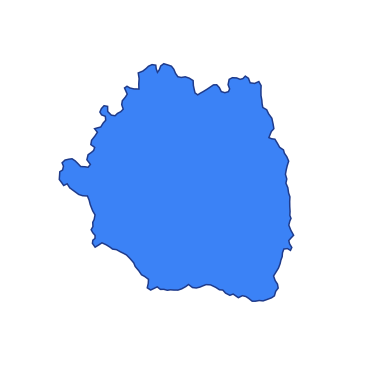 outline of Ritápolis, Minas Gerais, Brazil, rotated 151°
{"feature_id": "56859067B14285827347631", "entity_name": "Ritápolis", "entity_type": "district", "adm_level": 2, "iso_a3": "BRA", "parent_name": "Brazil", "parent_adm1": "Minas Gerais", "projection": "robinson", "projection_center": [-44.372, -20.976], "detail": "fine", "context": "isolated", "style": "filled", "palette": "blue", "viewbox_px": 384, "rotation_deg": 151, "n_neighbors": 0, "source": "geoboundaries", "source_scale": "gbopen_adm2", "svg_char_len": 2902}
<svg xmlns="http://www.w3.org/2000/svg" viewBox="0 0 384 384"><g transform="rotate(151 192 192)"><path d="M158.3,317.4L161.3,314.8L164.2,313.4L163.6,317.0L162.2,320.5L165.2,322.8L169.1,323.1L172.6,322.2L176.4,321.6L181.3,322.2L183.3,316.8L186.3,312.1L188.5,307.8L192.8,310.3L195.8,313.0L197.6,316.0L200.6,315.7L200.9,312.4L201.2,309.0L204.3,307.3L208.7,305.6L211.1,302.5L212.0,297.8L215.3,296.8L219.1,296.9L222.3,296.0L225.3,298.3L226.7,303.3L224.3,307.8L227.1,310.1L230.8,308.9L233.8,306.6L233.7,303.3L231.1,300.2L232.7,296.6L236.2,295.4L240.3,293.1L243.5,293.9L246.5,294.6L245.8,290.1L249.8,288.0L254.8,285.9L257.5,282.5L255.5,278.2L257.9,276.0L260.9,275.4L264.8,275.0L268.3,271.2L267.5,265.4L270.9,264.0L273.4,266.0L277.0,268.2L278.2,272.9L279.1,275.9L280.8,279.2L283.8,280.4L287.6,281.5L291.5,280.5L291.9,276.9L294.5,274.0L297.8,273.8L300.0,270.4L302.0,267.3L301.5,263.7L301.1,259.9L297.2,259.7L296.9,254.8L294.5,249.6L292.3,244.8L289.5,241.8L285.4,239.2L285.9,234.8L287.1,230.3L287.6,226.8L288.0,223.5L287.9,219.0L290.9,215.4L293.5,213.6L295.4,209.8L298.5,207.9L298.5,204.4L297.8,201.0L299.4,198.4L302.1,197.9L304.0,195.4L303.5,190.7L299.3,190.9L295.4,191.2L292.6,187.4L290.4,183.4L289.2,180.6L286.0,178.2L283.5,174.2L281.6,171.5L279.8,168.7L278.4,163.6L277.3,158.2L277.8,154.4L276.7,148.8L276.3,144.1L274.3,141.0L272.4,136.7L274.6,133.2L277.6,129.9L275.7,126.3L272.2,126.1L268.4,125.9L266.9,122.2L263.8,120.5L261.2,118.0L258.4,117.0L255.2,114.9L251.8,113.0L248.0,112.3L243.3,112.3L239.9,112.8L237.9,108.2L234.8,106.0L231.3,105.0L228.4,104.7L224.6,104.2L220.8,101.8L217.4,97.0L215.4,93.2L212.6,91.3L211.7,87.3L209.0,83.3L205.5,82.8L202.7,77.1L198.2,76.9L195.5,74.4L194.0,71.5L192.3,67.3L189.6,65.8L185.8,64.5L182.6,62.3L178.5,61.6L173.7,60.9L170.3,61.2L167.0,64.5L163.2,66.2L161.9,70.0L162.2,74.2L161.4,79.0L157.1,81.4L153.2,83.6L149.7,86.6L147.2,89.4L144.5,91.7L142.3,95.0L139.3,97.6L135.9,96.2L134.2,93.2L131.6,95.1L131.8,99.3L130.9,102.6L127.9,103.7L124.1,104.9L124.1,110.6L123.4,116.1L120.5,119.2L118.2,120.9L117.8,124.1L115.7,127.4L113.6,131.8L111.2,136.3L108.7,140.3L108.0,144.3L106.1,149.3L105.6,154.2L102.8,157.4L101.7,162.2L99.0,165.5L96.0,168.8L92.5,172.1L92.0,176.9L92.4,181.1L91.6,184.5L93.7,188.6L93.7,193.3L93.9,198.0L96.6,200.0L98.4,202.3L95.6,204.6L93.2,206.5L89.7,207.7L88.2,211.9L86.4,217.8L87.1,223.2L86.8,227.7L89.1,231.6L87.9,235.2L86.4,238.5L84.9,242.9L82.3,247.7L80.0,251.5L80.0,256.2L84.6,256.6L88.2,259.3L87.5,264.1L89.2,267.5L92.5,266.5L95.3,267.2L97.6,270.1L101.3,272.4L104.9,272.5L108.4,268.4L109.1,263.9L111.5,262.1L115.1,262.9L117.7,265.6L117.5,270.1L118.4,273.8L121.3,275.3L124.4,275.0L128.9,274.6L133.5,274.4L136.8,274.4L139.9,274.2L141.3,277.2L140.4,280.5L139.2,284.4L137.0,288.9L139.2,292.9L142.0,296.0L145.9,297.4L148.5,299.7L148.9,303.8L148.4,308.2L149.0,312.0L151.2,314.5L154.5,317.9L158.3,317.4Z" fill="#3b82f6" stroke="#1e3a8a" stroke-width="1.5"/></g></svg>